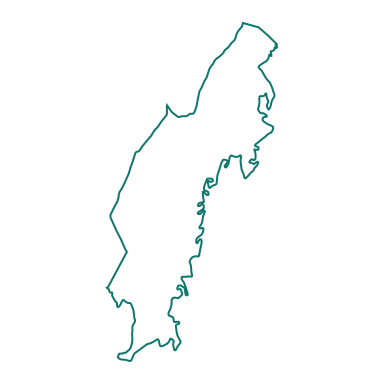 Cota, Cundinamarca, Colombia (Equal Earth projection)
{"feature_id": "7082276B44065985457815", "entity_name": "Cota", "entity_type": "district", "adm_level": 2, "iso_a3": "COL", "parent_name": "Colombia", "parent_adm1": "Cundinamarca", "projection": "equal_earth", "projection_center": [-74.11, 4.786], "detail": "fine", "context": "isolated", "style": "outline", "palette": "teal", "viewbox_px": 384, "rotation_deg": 0, "n_neighbors": 0, "source": "geoboundaries", "source_scale": "gbopen_adm2", "svg_char_len": 6037}
<svg xmlns="http://www.w3.org/2000/svg" viewBox="0 0 384 384"><path d="M106.9,287.8L108.9,289.5L109.4,291.2L110.0,292.4L112.1,292.6L112.3,293.3L112.1,294.9L112.2,295.8L114.7,300.4L115.7,301.8L116.8,302.7L117.0,303.3L117.1,305.7L117.6,306.9L118.1,307.1L119.2,306.4L120.6,304.3L121.8,301.6L123.0,300.0L123.8,300.1L125.1,301.4L127.3,302.7L128.0,303.0L130.3,303.2L130.9,303.7L132.8,308.4L133.6,311.2L133.7,313.2L134.1,314.9L134.3,317.8L135.0,320.0L134.9,321.8L132.9,325.2L132.4,326.8L132.4,331.3L132.1,333.4L132.4,339.5L132.0,343.1L130.7,347.6L129.4,349.5L125.9,352.6L124.0,352.8L122.3,353.6L119.9,353.6L119.1,353.8L118.9,354.8L117.9,356.6L117.8,357.0L118.1,357.7L120.0,359.1L122.2,359.6L125.5,359.8L129.4,361.0L130.7,360.8L131.5,360.0L133.8,354.4L134.8,353.2L146.9,344.3L150.8,343.1L153.9,341.5L157.4,339.3L157.9,339.3L158.3,339.6L158.7,340.4L159.9,345.5L160.4,346.1L161.1,346.3L162.9,345.9L166.4,344.2L168.3,342.6L169.3,341.0L170.2,339.0L170.7,338.6L171.2,338.7L173.5,340.5L173.8,341.4L173.1,344.1L173.1,344.7L174.2,349.5L174.6,350.2L175.0,350.3L175.9,349.8L176.9,347.8L178.4,345.3L180.2,343.2L180.6,342.3L180.4,341.2L177.4,335.4L176.6,331.9L175.8,325.9L176.0,325.2L177.0,324.5L178.9,323.9L179.2,323.3L179.3,322.6L179.1,322.2L178.6,321.8L177.3,321.8L174.7,322.1L174.1,321.7L173.7,320.8L173.3,317.9L172.9,317.2L168.9,315.5L168.5,314.5L168.5,313.1L168.8,312.1L170.1,309.6L171.3,305.6L171.6,303.4L171.6,300.1L172.3,298.7L172.9,298.1L174.0,297.7L175.5,297.7L178.0,298.2L178.4,298.1L181.7,295.2L181.9,294.7L182.0,293.6L181.7,292.0L180.8,289.4L180.0,289.1L177.6,289.4L177.3,289.1L177.4,287.7L178.1,286.0L179.0,285.4L181.1,285.6L184.2,287.7L184.6,288.4L184.9,289.9L185.6,294.7L186.8,295.4L187.6,294.9L187.7,294.3L187.6,293.5L185.2,285.9L183.7,282.0L182.5,280.7L181.8,279.4L181.6,278.3L181.6,277.4L182.4,276.8L185.4,276.8L189.6,276.4L191.1,276.7L191.9,276.3L192.1,275.7L191.4,272.0L191.0,266.4L190.6,264.6L189.7,262.2L189.8,261.0L190.9,258.8L192.7,257.0L195.0,256.3L198.3,256.4L198.7,256.1L199.2,255.4L198.9,255.2L199.7,252.5L200.5,247.7L201.2,245.0L201.6,242.1L201.6,240.6L201.1,239.5L200.1,239.2L198.9,240.4L197.8,242.5L197.2,243.1L196.9,243.1L196.4,242.6L196.2,240.8L196.5,239.2L196.9,238.4L197.8,237.4L201.5,234.7L202.3,233.5L203.1,231.5L203.4,230.2L203.4,228.7L203.2,228.2L202.6,227.9L200.9,228.4L199.9,228.4L199.5,228.0L199.4,227.3L199.9,226.3L201.2,224.5L202.1,222.5L203.2,215.8L204.5,212.8L204.8,211.6L204.5,210.7L203.8,210.6L200.5,213.8L199.4,214.1L198.0,213.8L197.8,213.1L198.1,212.4L203.1,209.0L203.9,207.9L203.6,205.4L203.5,204.8L203.1,204.5L202.6,204.3L201.8,204.4L200.0,205.8L198.9,206.2L198.1,205.8L198.1,204.6L198.6,203.6L199.6,202.9L201.1,202.5L203.5,202.2L203.8,202.0L203.7,200.1L202.9,196.1L202.8,192.0L204.0,192.0L205.6,194.0L206.6,194.8L208.0,195.0L208.5,194.4L208.6,193.8L208.5,193.1L208.0,192.0L207.4,191.5L204.3,190.1L204.0,189.7L203.8,189.1L204.1,186.9L204.4,185.7L207.0,179.1L207.8,178.6L211.6,178.6L212.4,179.2L212.9,180.1L212.9,180.9L212.7,181.2L211.5,181.8L210.4,181.8L208.8,181.0L208.3,181.0L208.1,181.2L207.9,181.7L208.0,183.5L208.7,186.7L209.4,187.8L210.0,187.8L211.3,186.7L213.3,185.4L215.4,184.7L216.4,183.9L216.7,183.0L217.0,179.0L217.4,175.4L221.4,162.9L221.8,162.0L223.3,159.7L224.1,159.6L225.6,159.9L227.2,160.5L227.6,161.0L227.6,161.8L227.4,162.4L224.7,165.8L224.7,166.4L225.2,167.3L226.1,167.4L227.2,166.0L228.1,164.2L229.0,161.3L229.7,157.1L230.7,155.7L231.6,155.5L234.3,156.6L236.0,156.9L238.0,156.7L238.9,156.4L239.8,155.5L240.4,155.4L240.8,155.6L241.2,156.6L240.6,159.8L240.6,162.0L241.5,168.6L241.7,169.8L243.6,174.3L244.4,177.6L244.7,178.1L245.1,178.3L245.8,178.1L248.4,175.6L251.0,172.4L253.1,171.1L254.5,168.1L257.1,165.3L257.7,164.2L258.1,162.8L258.1,162.1L257.7,161.8L256.4,162.2L254.0,164.1L251.5,162.9L250.1,162.7L249.5,162.3L249.6,161.6L250.2,160.6L251.5,159.3L252.7,159.4L253.5,160.1L253.9,160.2L254.8,159.6L255.4,158.8L255.6,156.9L255.5,153.8L255.1,151.9L254.3,150.0L254.4,149.6L255.1,149.5L257.6,149.9L258.3,149.4L258.5,149.0L258.6,147.8L258.4,147.3L257.8,146.9L255.4,146.1L255.1,145.7L255.1,145.0L255.8,144.1L258.0,142.5L262.5,138.7L264.5,137.4L268.0,134.2L269.1,133.5L271.2,132.6L272.4,130.8L273.2,128.4L273.1,127.2L272.7,126.6L271.2,125.6L267.7,124.2L263.7,121.5L262.7,120.3L262.6,119.0L263.0,117.6L264.6,116.9L266.5,116.7L266.8,116.3L266.8,115.7L266.4,115.2L263.5,113.3L261.0,113.2L260.5,113.0L259.5,112.0L258.3,110.1L258.2,109.4L258.2,108.4L258.7,106.9L259.4,103.1L259.3,97.2L259.8,96.5L260.3,96.1L262.8,96.2L264.0,95.8L264.8,95.0L265.5,93.6L265.9,93.5L266.1,93.6L266.4,94.4L266.8,98.0L268.1,100.5L268.2,101.3L268.1,102.6L267.0,104.7L266.9,106.1L267.9,108.8L268.4,109.3L268.9,109.4L269.4,108.9L270.4,106.8L271.7,101.3L273.1,98.4L274.2,96.7L274.5,95.5L274.3,94.1L273.8,93.0L272.1,87.6L269.7,82.2L268.5,81.2L266.1,78.4L261.7,70.8L259.0,67.9L258.7,67.3L258.7,66.8L258.9,66.2L260.2,65.1L264.0,62.5L265.6,61.7L268.0,59.4L269.4,54.7L269.7,54.8L270.0,55.6L271.3,55.9L271.3,53.9L270.8,52.5L270.7,51.4L271.1,51.3L271.6,51.5L272.4,50.9L273.9,50.2L274.2,49.8L274.6,47.9L274.9,47.5L275.9,48.2L276.7,47.6L277.1,47.0L277.0,46.4L276.5,45.7L275.9,45.6L275.6,45.0L276.8,44.2L269.9,37.4L269.8,37.1L258.6,27.3L242.9,23.0L242.4,25.3L241.7,26.9L238.6,30.5L236.9,33.2L236.3,34.9L235.3,38.7L234.3,40.4L231.3,43.2L228.0,47.6L225.0,50.0L224.3,50.9L223.5,52.6L222.2,54.2L218.5,57.3L216.3,58.8L214.9,60.3L213.0,63.9L211.4,65.8L209.6,68.5L206.6,77.5L204.3,81.3L201.7,87.4L199.4,91.5L197.6,100.4L196.8,105.0L195.5,109.3L194.7,111.5L193.5,113.3L192.8,113.8L189.8,113.8L188.2,115.3L186.2,116.2L182.4,116.2L179.0,117.0L177.9,116.8L173.7,113.7L171.5,111.7L167.1,105.4L166.8,107.1L167.0,113.5L166.5,115.1L161.2,121.8L157.7,127.0L154.4,130.5L151.1,135.9L149.7,137.4L142.6,145.9L139.6,150.4L138.5,151.4L136.4,151.9L135.4,153.0L132.5,162.1L130.7,167.0L128.7,173.7L125.2,181.6L123.1,186.0L122.1,188.0L119.4,192.3L118.8,194.7L118.4,198.1L117.4,201.4L114.2,207.2L110.4,215.0L110.5,217.5L112.3,221.5L116.3,230.3L121.0,239.5L125.4,249.5L126.9,251.8L108.0,287.2L106.9,287.8Z" fill="none" stroke="#0f766e" stroke-width="2"/></svg>